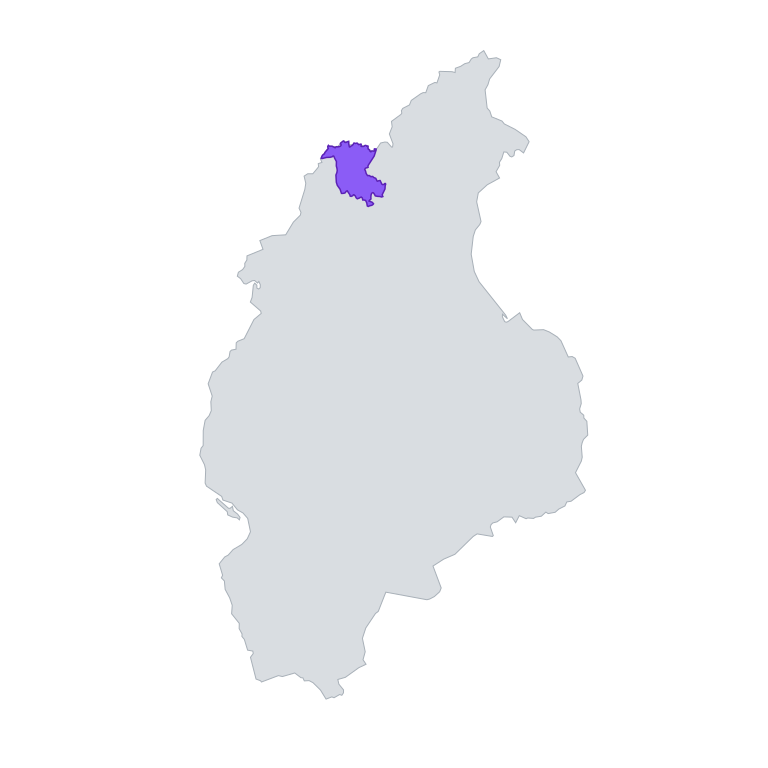 location of Kermanshah within Iran, rotated 69°
{"feature_id": "IRN-3239", "entity_name": "Kermanshah", "entity_type": "Province", "adm_level": 1, "iso_a3": "IRN", "parent_name": "Iran", "parent_adm1": "", "projection": "orthographic", "projection_center": [46.364, 34.459], "detail": "fine", "context": "in_parent", "style": "filled", "palette": "violet", "viewbox_px": 768, "rotation_deg": 69, "n_neighbors": 0, "source": "natural_earth", "source_scale": "10m", "svg_char_len": 6677}
<svg xmlns="http://www.w3.org/2000/svg" viewBox="0 0 768 768"><g transform="rotate(69 384 384)"><path d="M366.1,231.8L373.4,231.6L386.2,226.0L387.3,224.9L390.5,215.5L394.7,211.0L402.1,205.4L407.0,203.3L424.8,202.3L425.8,198.5L428.5,196.3L447.9,195.4L451.2,197.9L452.9,202.9L469.5,205.8L473.0,206.9L477.4,210.3L480.7,210.9L484.7,208.7L487.4,209.6L491.5,208.0L504.7,212.1L507.2,217.6L509.8,220.0L512.9,222.1L523.4,225.2L526.7,227.4L535.4,237.0L555.4,234.0L557.0,236.1L557.5,240.7L560.5,251.4L559.6,255.6L562.7,258.8L563.4,265.6L565.1,270.2L563.8,277.2L561.6,278.8L563.8,284.5L562.6,290.4L563.1,292.5L560.6,297.8L560.7,299.6L555.4,304.9L560.7,310.8L554.2,312.2L551.0,319.7L553.2,327.8L552.7,332.3L553.7,334.5L555.6,336.0L564.7,336.3L565.2,337.4L557.3,350.8L558.3,355.4L568.4,378.8L568.9,391.1L571.5,403.5L594.9,403.7L597.9,406.5L600.5,413.2L601.1,418.4L600.8,421.2L579.0,456.9L594.2,470.8L595.2,474.2L605.2,488.4L613.7,495.3L627.2,497.5L633.9,502.4L639.2,501.2L639.8,509.1L644.0,525.2L643.3,533.0L648.1,533.7L655.1,531.4L657.8,532.5L659.5,534.9L658.0,536.7L659.0,543.1L657.4,544.8L657.4,551.0L646.9,553.0L637.4,557.3L634.1,560.2L632.6,564.8L629.3,565.0L628.4,566.8L621.8,570.9L620.7,583.7L618.4,587.1L618.3,605.2L616.8,605.6L613.6,609.2L591.3,606.6L588.7,602.6L586.3,602.2L583.6,606.7L572.4,605.9L568.8,607.1L566.4,606.1L560.5,606.9L555.6,604.9L543.9,608.6L536.2,605.0L528.3,604.7L518.8,605.9L510.7,603.6L506.7,605.3L504.7,603.2L492.8,602.3L488.4,594.7L487.9,590.8L484.5,584.2L482.8,574.2L479.5,567.1L474.1,561.6L460.6,559.4L453.8,561.9L449.0,565.9L440.7,568.6L434.6,576.0L430.8,575.8L415.8,586.3L412.4,586.5L400.4,581.3L395.1,580.5L384.5,581.5L378.4,577.8L376.7,574.9L362.6,569.4L353.8,564.0L350.9,558.6L347.0,554.8L338.5,552.0L333.7,548.7L320.8,548.1L311.4,539.8L311.2,536.9L305.5,527.5L304.3,520.6L303.1,518.8L298.5,516.1L297.7,514.2L298.5,509.7L292.6,507.2L291.7,505.1L291.6,498.3L277.2,482.3L274.1,473.3L271.6,473.0L259.6,479.4L255.9,476.1L245.0,470.6L243.5,468.5L246.2,467.3L248.9,468.3L250.4,467.0L249.7,465.0L247.0,463.9L243.4,464.1L244.4,465.9L241.0,467.7L240.4,470.1L241.3,476.9L240.0,478.8L234.3,480.1L230.8,482.3L227.5,479.9L226.5,475.0L224.4,471.8L221.4,470.7L219.1,467.6L215.3,466.0L214.9,448.7L205.6,448.5L205.4,435.3L209.5,422.3L200.4,410.6L196.4,401.6L194.0,400.0L189.4,400.3L174.0,388.2L168.6,385.1L161.3,384.1L160.4,379.9L162.2,375.1L158.8,369.0L157.7,367.2L154.7,366.4L154.9,362.5L151.0,362.7L143.8,352.0L141.8,350.5L145.8,342.5L143.0,335.8L144.8,330.3L148.5,330.6L149.7,323.2L156.3,315.6L162.1,312.4L162.6,310.1L161.5,306.0L157.8,300.8L158.4,296.5L159.5,294.3L165.6,292.0L165.8,291.1L163.0,289.5L152.5,289.4L146.8,284.2L141.5,282.9L138.4,271.6L137.5,270.3L135.0,269.8L133.4,267.7L132.6,260.2L129.0,256.9L126.2,245.7L126.0,243.0L127.0,240.6L121.3,235.7L120.7,228.4L121.9,226.7L115.4,221.2L112.4,220.9L112.1,219.9L116.8,208.6L118.7,206.0L114.8,204.2L114.9,198.6L113.9,193.8L114.4,189.4L111.9,186.1L111.3,184.1L112.2,179.2L109.8,176.7L108.5,171.4L117.9,170.1L119.7,162.1L123.1,158.8L128.9,162.8L137.0,176.0L141.9,179.8L145.6,184.2L163.3,188.8L167.1,187.4L173.2,187.7L180.8,179.6L184.3,178.5L193.2,170.4L204.1,162.9L209.8,161.7L218.3,170.9L213.6,173.8L212.8,176.2L213.4,178.5L217.3,180.8L217.8,183.4L216.5,184.8L211.6,186.3L210.3,189.0L215.7,193.2L218.4,196.8L221.3,197.6L226.0,203.3L233.1,202.3L235.0,216.2L239.4,227.5L247.1,232.2L267.1,235.2L269.4,237.4L272.9,243.5L278.2,247.8L294.1,256.1L311.3,259.4L322.6,258.6L363.4,245.7L367.3,245.4L361.3,248.4L363.7,249.4L369.0,249.0L370.1,247.8L370.2,246.1L366.1,231.8ZM456.4,569.0L454.0,573.1L450.2,576.8L447.0,576.1L435.0,582.1L431.7,582.1L431.1,580.6L444.3,573.7L444.9,572.2L443.9,569.3L448.3,570.1L453.0,567.3L457.0,566.2L459.0,567.7L456.4,569.0Z" fill="#d9dde1" stroke="#a8b0b8" stroke-width="1"/><path d="M161.6,309.1L161.2,308.9L161.1,308.3L161.4,307.9L161.7,307.5L161.8,307.2L162.6,307.4L167.7,311.5L174.2,320.4L175.4,321.2L176.0,321.2L176.1,321.8L175.9,322.8L175.9,324.1L176.9,325.1L178.5,324.9L180.9,325.2L182.8,324.9L183.8,324.4L183.9,323.3L184.5,322.6L185.3,322.4L185.9,321.7L185.9,320.8L186.3,320.1L187.4,319.7L189.0,318.0L190.7,317.8L191.8,317.8L192.3,317.5L192.4,315.4L192.7,314.7L196.6,314.4L197.5,313.6L197.6,312.4L197.1,311.5L197.4,310.8L198.2,310.9L199.2,311.8L202.3,313.2L206.6,317.8L207.7,318.0L208.6,317.9L208.6,318.4L208.5,319.4L207.6,320.4L206.5,322.8L205.3,324.7L202.6,325.1L201.7,325.4L201.3,326.0L201.6,327.3L203.0,328.4L205.0,329.4L205.9,329.6L206.7,330.0L207.1,331.4L207.8,332.4L210.1,329.9L211.3,329.4L212.0,329.2L212.5,330.0L212.8,331.3L212.5,333.5L212.6,335.1L211.8,335.8L208.7,335.2L206.0,335.4L205.0,336.9L204.6,337.9L202.7,337.6L201.9,337.9L201.4,338.2L201.3,339.0L201.6,340.7L201.5,342.6L200.1,343.3L198.2,343.4L196.6,344.2L196.4,344.7L196.5,345.0L196.9,345.4L197.0,345.7L197.1,346.1L197.0,346.7L197.0,347.0L197.1,347.3L196.8,347.9L196.3,348.3L195.8,348.1L194.9,348.1L190.5,349.1L190.5,350.1L191.3,351.3L191.7,352.1L191.3,354.2L190.8,355.4L186.5,355.2L181.8,356.4L178.6,356.2L171.7,354.0L169.7,352.2L167.8,351.1L165.6,350.6L163.4,350.4L159.3,348.7L155.0,349.2L153.4,349.2L152.9,349.8L153.3,351.0L153.0,353.2L151.9,356.4L151.3,361.2L150.7,361.7L149.3,360.5L148.9,360.1L148.5,359.6L148.2,359.0L148.0,358.5L147.9,357.8L147.7,357.2L147.4,356.8L147.0,356.5L146.6,356.1L144.2,351.6L143.2,351.6L142.5,351.6L141.9,351.2L141.3,350.4L141.9,350.2L142.2,350.0L142.4,349.7L142.8,348.8L143.1,348.0L143.4,347.2L144.1,346.7L144.5,346.2L145.6,345.3L145.9,345.0L145.9,344.6L145.7,344.3L145.5,344.0L145.4,343.6L145.4,343.3L145.8,342.7L146.0,342.4L146.3,340.8L146.4,340.0L146.3,339.3L145.8,338.6L145.3,338.3L144.7,338.3L144.1,338.7L143.6,338.3L143.3,337.6L142.5,334.9L142.7,334.4L144.2,334.1L144.4,333.9L144.5,333.7L144.8,333.2L144.9,332.3L144.7,330.9L144.8,330.0L145.8,330.3L146.8,330.8L147.6,331.0L149.5,331.2L150.1,331.4L150.4,331.2L150.4,330.8L150.4,330.5L150.4,330.3L150.1,329.8L150.0,329.3L150.0,328.6L149.9,328.0L149.8,327.8L149.6,327.6L149.5,327.4L149.4,327.1L149.3,326.8L149.1,326.6L148.9,326.4L148.7,326.2L148.3,325.8L148.5,325.2L149.2,324.4L149.3,324.0L149.3,323.3L149.4,322.9L149.6,322.6L150.0,322.4L150.7,322.3L151.5,321.8L151.6,321.0L151.6,320.2L151.8,319.5L152.4,319.5L152.9,319.8L153.2,319.9L153.9,320.2L154.3,319.7L154.6,318.8L154.8,318.2L154.9,317.6L154.6,316.8L154.5,316.3L154.6,315.9L154.7,315.5L155.0,315.2L155.5,315.1L155.8,314.9L155.7,314.5L155.7,314.3L156.1,313.7L156.3,313.6L156.7,313.8L157.2,314.1L157.5,314.3L157.9,314.2L158.7,314.6L159.1,314.5L159.5,314.1L160.2,313.7L160.5,313.6L161.0,313.8L161.7,313.5L162.0,313.5L162.3,313.3L162.5,312.9L162.0,312.3L162.3,311.3L162.9,310.3L163.0,309.5L162.6,309.1L161.6,309.1Z" fill="#8b5cf6" stroke="#5b21b6" stroke-width="1.5"/></g></svg>